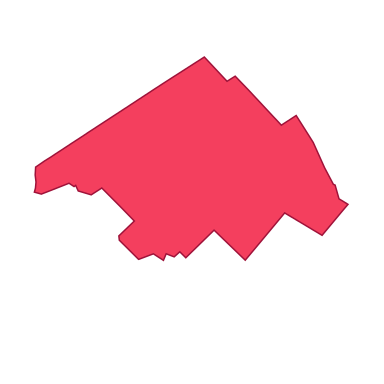 the district of Hillsborough, New Hampshire, United States of America, rotated 145°
{"feature_id": "52423323B30528767978051", "entity_name": "Hillsborough", "entity_type": "district", "adm_level": 2, "iso_a3": "USA", "parent_name": "United States of America", "parent_adm1": "New Hampshire", "projection": "orthographic", "projection_center": [-71.618, 42.952], "detail": "fine", "context": "isolated", "style": "filled", "palette": "rose", "viewbox_px": 384, "rotation_deg": 145, "n_neighbors": 0, "source": "geoboundaries", "source_scale": "gbopen_adm2", "svg_char_len": 956}
<svg xmlns="http://www.w3.org/2000/svg" viewBox="0 0 384 384"><g transform="rotate(145 192 192)"><path d="M321.2,282.3L316.6,276.7L308.9,274.8L287.7,269.7L285.5,264.1L283.5,264.1L284.6,258.1L276.2,247.5L263.6,247.0L258.7,218.7L255.9,201.3L277.1,198.0L279.2,194.2L274.4,167.5L274.3,167.4L259.1,163.5L254.6,152.4L248.6,156.2L243.8,149.1L236.3,150.0L234.8,141.7L195.8,148.1L187.5,105.6L167.1,111.1L128.1,121.7L110.3,81.9L80.1,90.1L71.3,92.4L75.5,102.1L70.8,115.6L71.8,117.2L69.5,135.7L64.3,163.0L64.0,168.9L63.2,185.9L62.8,194.9L80.5,195.5L81.3,201.3L82.0,206.0L87.2,243.0L90.2,262.1L99.8,262.6L104.5,295.5L114.1,295.9L143.7,297.1L154.1,297.5L162.6,297.8L192.4,298.7L197.4,298.8L198.8,298.9L199.1,298.9L227.0,299.8L241.9,300.3L250.9,300.5L254.0,300.6L256.7,300.7L262.0,300.9L276.4,301.3L281.9,301.5L287.6,301.6L294.4,302.0L305.8,302.1L310.7,295.9L314.1,289.6L318.0,285.0L318.1,284.9L321.2,282.3Z" fill="#f43f5e" stroke="#9f1239" stroke-width="1.5"/></g></svg>